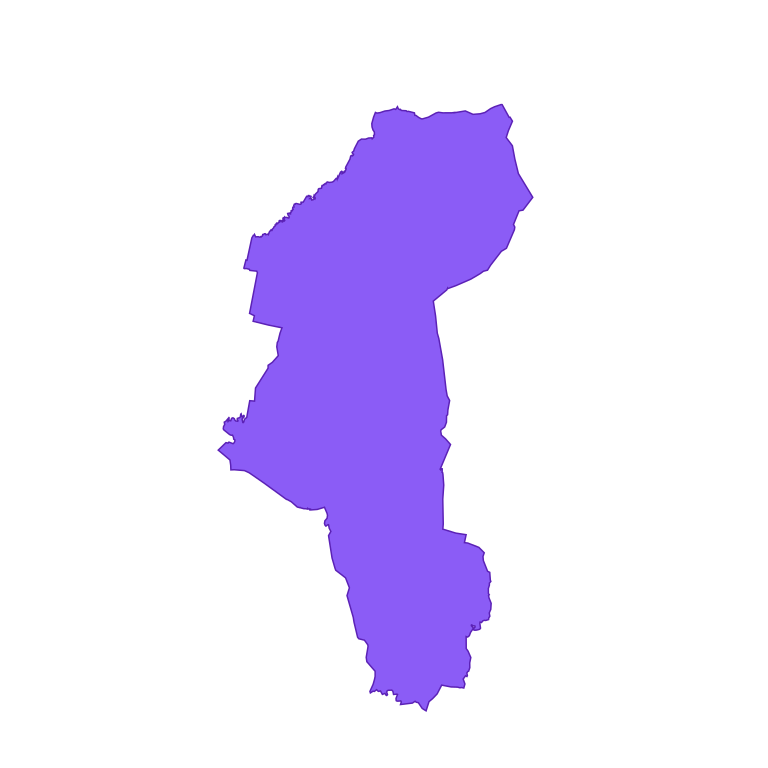 Laucesas pag., Daugavpils, Latvia, rotated 287°
{"feature_id": "27541924B83584172222196", "entity_name": "Laucesas pag.", "entity_type": "district", "adm_level": 2, "iso_a3": "LVA", "parent_name": "Latvia", "parent_adm1": "Daugavpils", "projection": "natural_earth1", "projection_center": [26.54, 55.814], "detail": "fine", "context": "isolated", "style": "filled", "palette": "violet", "viewbox_px": 768, "rotation_deg": 287, "n_neighbors": 0, "source": "geoboundaries", "source_scale": "gbopen_adm2", "svg_char_len": 6132}
<svg xmlns="http://www.w3.org/2000/svg" viewBox="0 0 768 768"><g transform="rotate(287 384 384)"><path d="M453.8,216.1L453.5,216.7L454.2,218.7L454.3,221.7L453.4,222.5L454.7,229.3L453.4,230.4L412.2,234.8L411.4,240.1L405.7,240.5L406.6,256.6L407.9,270.0L402.2,269.7L394.0,270.2L392.6,269.8L388.2,270.6L380.2,274.6L372.1,270.9L368.0,267.7L365.2,268.5L342.6,262.3L329.8,265.2L328.8,260.5L311.9,262.5L309.5,260.9L306.7,261.0L305.9,260.6L305.9,260.2L309.0,258.5L311.6,259.8L312.6,259.6L312.9,259.3L312.8,258.7L311.2,258.2L311.1,257.4L313.7,256.1L313.2,255.8L311.0,256.2L309.8,256.0L308.2,253.8L307.3,253.9L306.2,255.1L305.6,255.0L305.3,253.0L305.9,251.9L307.1,251.0L307.5,249.4L306.6,248.3L304.0,248.2L303.8,247.5L304.4,246.5L302.5,245.8L303.3,245.2L306.2,245.9L306.5,245.5L302.1,243.6L300.8,242.4L298.7,243.5L296.5,243.0L294.1,243.4L293.3,244.2L290.5,251.1L290.3,252.8L290.8,254.1L288.8,255.8L287.3,256.4L287.0,257.7L285.6,258.1L284.1,257.9L282.8,257.1L283.1,252.7L281.9,252.1L281.7,250.0L272.3,244.8L266.3,258.9L261.6,261.1L257.1,262.7L258.2,265.8L260.4,275.9L259.7,281.0L254.2,298.2L245.1,324.5L245.3,325.0L244.3,329.7L241.0,337.0L241.1,339.7L241.4,339.9L241.2,340.5L241.3,343.8L241.8,345.5L242.0,347.3L242.8,347.3L242.1,349.6L242.8,349.6L242.8,350.3L242.0,350.3L242.2,350.9L244.5,356.8L248.7,363.1L243.6,367.4L241.8,368.4L238.9,368.8L236.0,367.5L233.3,367.8L231.8,368.8L231.1,370.0L233.2,371.6L233.2,372.1L230.0,373.8L227.5,376.3L222.8,375.3L202.4,385.2L193.5,391.0L191.8,392.3L187.4,403.9L179.0,410.5L170.8,410.5L151.9,422.8L147.4,425.0L134.1,432.8L133.0,434.4L133.3,440.2L129.8,444.8L128.2,445.5L117.4,446.9L113.4,448.8L106.7,459.5L101.8,461.0L98.6,461.3L93.6,461.4L85.9,460.4L84.6,461.3L87.0,463.3L87.2,464.7L89.5,466.3L88.5,468.2L88.5,468.9L89.4,470.1L89.3,470.5L86.7,473.2L88.4,475.4L86.9,477.1L86.9,477.7L87.9,478.2L90.2,476.6L91.7,476.8L92.4,477.7L93.5,481.0L92.8,482.3L89.9,483.9L91.2,487.1L91.1,487.7L86.9,487.4L85.0,488.1L84.6,488.5L84.7,489.8L85.8,492.7L85.0,493.5L82.3,493.5L87.2,504.5L89.7,506.5L89.1,507.8L89.3,510.0L84.9,515.4L83.7,519.8L93.4,519.9L97.2,522.4L103.1,525.4L112.9,527.2L113.9,536.7L115.6,542.9L115.7,545.4L116.4,546.9L116.6,549.2L120.8,549.1L125.0,546.0L128.8,547.3L128.5,548.8L129.5,549.0L131.9,547.7L133.6,548.2L134.1,548.9L137.8,549.0L142.4,547.5L147.8,547.0L153.1,542.5L155.0,540.0L166.5,536.4L166.4,537.8L167.3,538.7L168.5,539.2L171.8,539.4L175.8,540.7L177.0,540.5L178.2,538.4L178.9,538.0L179.3,538.3L178.8,539.9L179.2,541.5L179.1,541.8L178.1,542.1L176.0,541.0L175.0,541.8L175.1,542.9L175.8,544.6L177.0,546.6L177.6,547.3L178.7,547.7L183.2,545.6L184.4,545.5L184.4,547.0L186.3,547.7L187.3,548.9L187.6,550.4L189.3,552.9L190.8,552.6L192.9,553.1L195.8,551.6L199.7,552.0L205.6,550.6L210.1,547.0L212.3,545.8L213.2,546.3L214.2,545.1L218.9,543.6L222.4,543.6L224.4,543.0L226.4,543.9L227.6,543.0L234.8,540.2L235.2,537.8L244.1,530.7L247.9,529.1L251.9,529.2L255.5,522.5L256.4,510.6L255.8,507.3L263.9,506.6L262.4,496.2L262.4,482.7L267.4,481.6L291.0,473.9L304.8,470.7L314.8,466.8L316.5,465.9L316.5,465.4L319.9,464.5L319.9,463.6L318.5,463.2L318.9,462.6L345.6,465.3L349.6,458.8L351.8,453.9L355.5,452.0L356.9,452.0L360.6,454.6L365.7,454.9L371.9,453.1L373.2,453.8L377.8,452.7L387.4,451.6L391.1,447.9L397.0,444.9L424.3,433.0L443.6,423.1L448.2,420.1L464.2,413.4L477.7,406.9L492.3,416.5L494.1,416.8L493.8,417.0L499.0,423.9L509.8,436.5L517.9,443.9L520.9,446.1L523.1,449.7L528.8,451.2L545.2,457.4L549.6,461.4L569.6,463.6L572.3,463.2L574.4,461.2L589.1,462.5L590.9,466.1L606.0,471.7L624.5,451.0L637.3,443.4L649.4,437.1L655.4,428.8L662.6,428.9L672.9,430.0L676.0,426.5L675.6,425.7L685.7,415.3L685.5,414.3L681.5,408.7L678.5,405.4L673.2,401.2L670.5,396.9L667.9,390.3L668.9,381.9L664.0,372.0L664.3,372.0L663.1,369.4L660.5,361.0L659.8,356.7L658.4,354.5L652.2,348.5L648.8,343.3L648.5,342.2L649.0,339.4L650.2,336.0L649.9,335.0L652.2,333.8L651.9,327.6L651.3,326.4L651.8,325.3L650.7,320.8L651.4,319.3L651.0,319.1L651.3,317.3L653.1,315.8L650.0,314.9L650.1,313.2L647.1,309.0L645.3,305.0L642.3,300.8L641.0,298.0L641.2,296.4L636.2,296.0L629.5,296.2L626.3,297.4L623.7,299.2L622.3,301.0L619.6,302.0L618.7,301.4L617.1,302.1L615.0,301.0L615.8,300.3L614.7,297.3L612.7,294.7L611.6,290.8L608.7,288.4L600.3,286.9L597.8,286.9L596.2,285.8L595.1,286.7L594.8,287.7L594.2,287.8L593.1,287.3L592.9,287.0L593.2,286.4L592.3,285.5L589.1,285.7L580.4,284.0L579.1,284.1L579.2,284.5L578.7,284.9L575.8,284.6L575.9,283.9L575.4,283.7L574.7,284.2L572.8,282.4L573.3,282.2L574.3,282.8L575.1,281.4L573.8,280.5L572.1,280.6L572.6,280.3L567.7,279.7L568.5,279.1L566.4,279.2L567.0,278.8L566.6,278.1L563.0,276.5L561.9,275.4L560.8,272.9L560.6,270.6L559.5,270.2L558.8,269.5L558.4,269.8L557.9,268.6L556.8,268.3L556.8,267.8L555.5,267.1L555.5,266.7L552.9,267.0L551.8,264.6L551.0,264.2L548.7,264.6L545.6,262.9L543.7,262.5L544.0,262.0L542.8,262.1L541.9,261.7L541.9,262.3L541.4,262.8L542.4,262.9L542.4,263.3L541.7,263.9L540.6,263.8L540.9,262.8L539.4,262.3L538.8,261.1L539.9,260.5L539.6,258.9L540.5,259.5L542.1,259.4L542.2,258.3L541.7,257.9L542.3,257.1L542.1,256.5L540.9,256.4L541.0,255.3L540.7,255.1L534.3,253.6L533.6,251.5L533.0,251.6L532.6,252.2L531.6,251.8L531.2,251.0L531.0,247.4L530.6,246.6L529.9,246.5L529.8,245.7L528.2,245.5L527.0,246.2L526.5,245.2L525.4,245.2L524.5,246.0L524.0,245.6L523.0,245.7L522.8,244.7L522.4,244.5L521.4,245.0L520.4,244.4L519.4,244.9L519.1,244.5L519.7,243.4L518.9,242.0L517.6,242.8L516.5,244.3L515.2,244.6L514.7,243.8L515.0,242.5L514.3,240.8L514.7,240.2L513.6,240.1L513.9,239.6L513.4,239.0L512.7,239.0L512.5,240.2L511.3,241.3L510.9,241.1L511.4,240.4L511.2,239.9L509.9,240.0L509.3,239.4L510.8,238.9L509.7,238.0L510.1,236.8L509.6,236.1L509.2,236.1L509.3,236.9L508.3,236.9L507.4,235.7L506.5,235.5L506.5,234.5L505.8,234.7L505.7,234.0L504.6,234.1L504.3,233.4L503.4,233.7L501.8,232.7L501.1,232.8L499.3,231.9L498.1,232.0L497.9,231.5L498.3,230.9L496.0,229.9L492.9,229.7L493.2,228.7L492.2,227.4L493.0,226.5L492.7,225.7L491.9,225.1L491.5,224.3L490.3,224.5L488.9,223.7L489.1,223.2L488.1,222.5L488.1,220.7L487.2,218.2L489.2,216.4L488.3,216.2L488.0,215.6L485.1,214.9L462.3,216.8L462.3,215.7L453.8,216.1Z" fill="#8b5cf6" stroke="#5b21b6" stroke-width="1.5"/></g></svg>